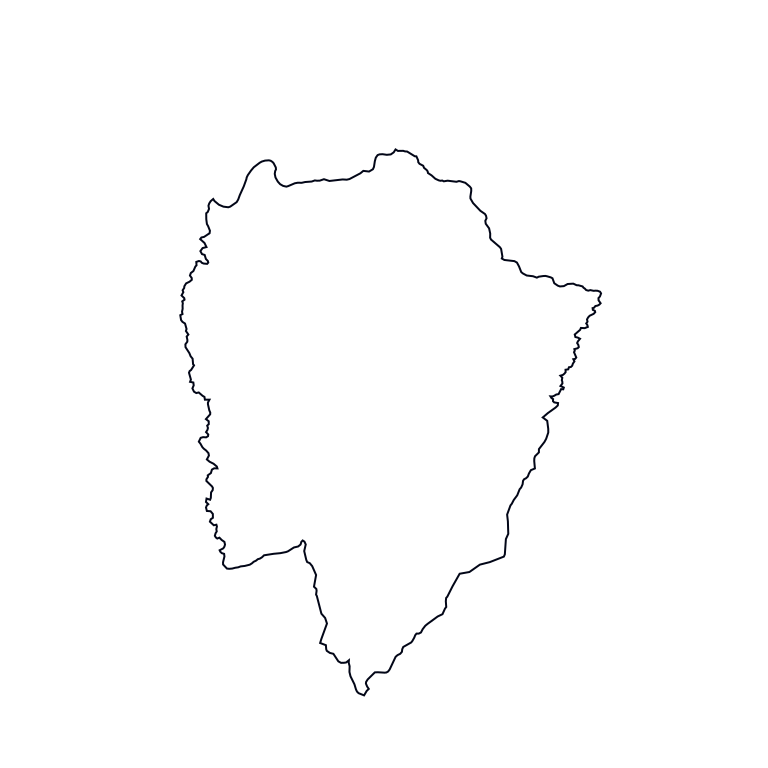 outline of Paranaíba, Mato Grosso do Sul, Brazil, rotated 238°
{"feature_id": "56859067B8941554822277", "entity_name": "Paranaíba", "entity_type": "district", "adm_level": 2, "iso_a3": "BRA", "parent_name": "Brazil", "parent_adm1": "Mato Grosso do Sul", "projection": "albers", "projection_center": [-51.392, -19.551], "detail": "fine", "context": "isolated", "style": "outline", "palette": "ink", "viewbox_px": 768, "rotation_deg": 238, "n_neighbors": 0, "source": "geoboundaries", "source_scale": "gbopen_adm2", "svg_char_len": 6166}
<svg xmlns="http://www.w3.org/2000/svg" viewBox="0 0 768 768"><g transform="rotate(238 384 384)"><path d="M631.4,337.2L630.9,333.9L629.7,331.4L628.2,329.6L625.2,328.4L623.3,325.7L623.0,323.7L617.9,320.6L613.5,318.6L611.1,318.5L606.2,317.6L604.3,316.0L604.1,309.4L605.0,306.8L604.3,304.9L598.7,306.5L594.2,306.0L595.4,302.2L594.0,298.7L590.6,298.5L588.5,300.3L584.4,299.2L581.7,299.8L580.1,299.3L579.6,297.7L581.8,294.8L583.4,293.7L585.1,293.5L586.4,292.2L587.0,289.5L584.0,287.9L583.6,286.3L580.8,282.2L580.5,279.0L578.8,276.9L575.8,277.1L574.2,276.2L573.8,273.3L574.2,269.5L572.7,266.5L571.3,265.4L570.2,262.9L568.2,262.5L566.4,259.2L562.7,260.1L561.2,259.5L561.0,256.7L559.1,256.2L557.4,254.8L554.5,253.1L552.3,251.0L550.1,250.2L550.3,247.7L545.8,245.8L543.5,246.0L540.7,247.3L535.3,245.7L533.9,244.1L529.6,244.3L528.8,241.8L525.5,240.6L524.1,239.6L522.9,236.6L520.4,235.2L513.3,235.3L510.0,234.7L506.9,235.1L502.0,232.6L500.5,232.8L498.1,227.8L498.0,226.1L496.9,224.6L490.1,222.6L488.6,220.7L486.3,223.1L483.7,221.9L481.8,219.2L478.2,218.8L475.8,220.0L475.0,222.4L470.1,223.9L468.2,224.9L465.6,223.8L463.2,227.7L461.6,224.9L460.2,224.0L454.3,221.9L451.8,221.5L450.4,220.5L448.6,214.4L445.3,215.6L442.8,214.1L442.4,212.0L440.0,211.4L438.6,209.9L437.5,207.6L434.3,208.2L433.0,207.1L433.0,204.9L434.8,202.4L435.5,200.0L433.2,196.4L430.7,196.7L426.7,196.5L424.6,196.9L421.9,197.9L418.4,198.5L416.1,197.6L413.9,193.8L410.5,194.9L406.7,197.2L402.6,198.5L400.7,198.0L402.5,195.3L402.6,192.7L400.2,190.0L399.9,186.1L398.5,185.5L397.3,182.9L395.9,182.0L388.2,183.9L386.5,183.8L384.8,182.5L383.7,179.9L379.2,176.8L378.0,175.2L380.9,172.8L378.3,170.5L375.2,171.3L374.9,169.4L373.6,167.6L370.2,166.5L368.0,169.5L364.5,170.0L361.2,168.0L361.1,165.4L359.5,163.4L354.4,164.8L353.5,167.3L351.7,166.8L349.8,164.9L347.6,164.0L346.7,162.1L344.9,160.1L342.9,160.1L341.3,160.7L340.9,163.0L337.7,163.7L334.7,165.0L332.1,164.1L330.6,162.4L329.8,160.6L330.1,156.5L328.5,156.3L326.5,156.8L324.7,158.4L322.3,157.3L318.1,153.0L316.2,151.9L310.7,153.0L309.3,154.8L307.9,157.5L307.0,160.5L305.8,163.2L305.3,165.7L303.5,169.5L301.9,174.4L301.9,177.1L302.3,179.2L302.0,181.9L302.3,184.1L301.7,186.2L301.7,188.7L302.3,191.5L298.5,200.4L295.5,206.4L293.4,211.9L293.0,213.9L293.1,221.0L291.7,225.1L292.1,228.2L293.9,230.2L294.4,232.1L292.5,233.0L289.4,232.6L284.6,227.8L276.1,224.9L273.7,224.5L271.4,226.1L267.6,226.6L258.0,225.2L249.2,217.2L246.1,218.0L244.4,217.3L241.4,214.8L239.8,214.7L222.4,209.2L216.8,210.1L211.1,208.7L201.0,195.8L198.2,192.6L193.3,196.3L189.6,194.4L188.0,194.1L184.6,195.6L182.0,198.1L173.0,198.3L170.3,199.8L168.9,202.1L167.9,204.3L168.3,207.8L166.4,206.4L162.9,205.3L158.1,202.1L153.9,200.7L145.0,199.8L139.9,198.4L137.5,198.1L135.3,198.6L130.5,202.1L132.9,206.7L133.5,209.5L136.4,209.4L139.5,209.9L140.8,210.9L142.1,213.6L144.3,223.4L142.9,225.9L138.9,231.5L138.1,233.1L138.0,235.1L138.9,237.5L146.5,249.3L146.9,251.8L146.6,254.8L147.4,257.3L149.4,258.9L150.8,261.0L150.4,270.1L151.0,271.8L152.9,275.3L154.4,277.3L155.1,279.3L153.9,281.2L153.7,283.7L155.6,286.9L157.1,290.9L157.5,294.0L158.4,306.3L157.8,311.6L161.2,316.7L161.9,318.6L167.0,321.3L169.6,323.3L170.1,325.0L176.1,334.9L183.0,347.6L179.3,356.8L180.0,369.6L176.9,379.3L174.1,394.2L175.5,396.2L187.9,405.2L191.1,410.0L201.9,416.3L208.0,419.2L214.0,426.9L214.7,428.9L216.9,432.6L219.0,438.0L222.9,443.3L223.5,445.4L224.5,446.9L225.5,448.4L228.2,450.6L229.0,452.3L228.8,454.5L229.3,456.9L231.3,459.5L233.1,462.9L232.4,467.2L239.1,470.6L241.3,472.1L242.7,473.8L243.9,479.1L246.7,480.9L249.8,489.3L251.6,492.5L255.8,497.6L258.9,499.5L266.3,502.9L271.5,500.9L272.5,507.6L273.1,517.0L273.7,520.0L275.6,521.5L278.2,518.6L279.9,518.2L281.6,519.4L283.2,518.6L285.3,518.6L284.2,520.1L283.8,522.2L283.8,524.5L282.9,526.7L285.8,531.5L284.5,533.2L285.7,534.6L288.8,532.6L289.9,535.6L291.6,536.5L293.0,536.8L294.8,538.5L297.6,538.0L296.9,540.5L297.2,542.6L297.8,544.3L299.9,545.5L298.8,548.0L300.2,549.7L299.4,551.5L299.8,553.3L301.2,555.0L302.3,557.5L304.7,557.7L304.0,559.4L304.6,561.1L310.3,562.0L311.1,563.4L312.7,563.9L311.7,567.2L312.1,568.8L314.2,569.5L316.4,569.5L317.4,571.0L318.5,574.2L320.7,572.9L322.4,571.2L324.9,572.0L326.0,579.0L327.2,580.7L325.0,583.8L324.4,587.1L326.2,587.7L328.2,587.6L329.0,589.6L331.2,590.4L332.3,592.4L332.9,594.6L332.4,599.0L333.0,601.2L334.4,601.6L336.2,600.4L337.8,601.1L337.4,602.6L338.1,604.6L337.3,606.7L337.2,608.7L337.7,610.5L341.2,610.3L343.2,611.4L343.8,613.5L345.8,616.1L347.8,616.1L349.9,614.5L351.1,612.8L351.9,611.2L354.3,608.7L354.9,606.7L356.6,605.2L358.4,604.9L360.0,604.2L361.5,604.1L364.6,601.3L365.7,599.7L368.8,597.7L371.5,592.7L371.7,588.4L373.5,584.9L375.3,583.5L379.2,581.8L384.4,582.9L386.1,581.9L388.9,579.4L390.1,578.2L391.2,576.2L393.0,572.1L393.2,570.0L396.4,567.5L400.4,562.5L404.1,560.4L406.2,559.7L412.1,560.8L416.5,561.1L419.1,559.7L425.4,551.8L428.0,550.4L429.2,551.9L436.5,554.9L438.5,554.8L449.8,551.3L451.8,551.5L455.3,553.8L460.3,555.6L466.0,555.2L468.7,556.4L470.2,558.8L472.7,559.7L474.7,559.7L479.8,557.5L490.3,555.4L495.5,555.6L497.2,556.6L501.5,560.3L503.7,561.6L505.9,561.4L511.5,559.6L515.3,556.3L516.4,555.1L517.1,552.6L522.7,545.7L524.2,542.1L525.7,541.2L526.4,539.6L527.6,538.4L530.8,536.3L535.7,534.9L539.6,533.1L541.2,533.7L542.8,533.6L546.1,532.5L548.3,532.9L551.9,530.8L553.9,530.6L555.7,531.5L559.9,532.1L560.8,530.8L568.9,526.8L570.1,525.1L571.6,523.8L574.3,519.3L576.8,518.1L575.3,515.0L575.1,511.4L576.9,507.8L579.7,504.5L581.1,501.9L581.5,499.9L580.3,497.0L577.8,494.3L573.4,490.5L572.0,488.4L572.1,483.9L575.7,479.4L575.2,475.6L576.1,463.3L577.0,460.7L579.4,457.3L585.1,445.3L589.5,441.6L590.5,437.3L591.9,434.9L593.3,433.2L594.0,430.0L597.1,424.1L598.2,420.9L600.4,417.5L601.5,414.7L602.6,407.6L603.1,405.8L605.5,403.4L608.5,401.8L611.9,401.2L616.6,401.4L620.1,402.7L622.3,404.6L623.2,406.1L625.0,407.0L629.7,407.4L631.4,407.1L633.4,406.2L634.7,404.9L636.5,401.5L637.4,398.2L637.5,395.8L636.8,388.4L635.5,384.4L633.3,379.2L631.9,377.0L630.6,375.8L625.9,369.8L620.6,361.8L617.7,358.1L616.3,355.4L615.9,347.6L616.4,345.6L619.5,341.8L623.5,339.0L629.0,337.2L631.4,337.2Z" fill="none" stroke="#020617" stroke-width="2"/></g></svg>